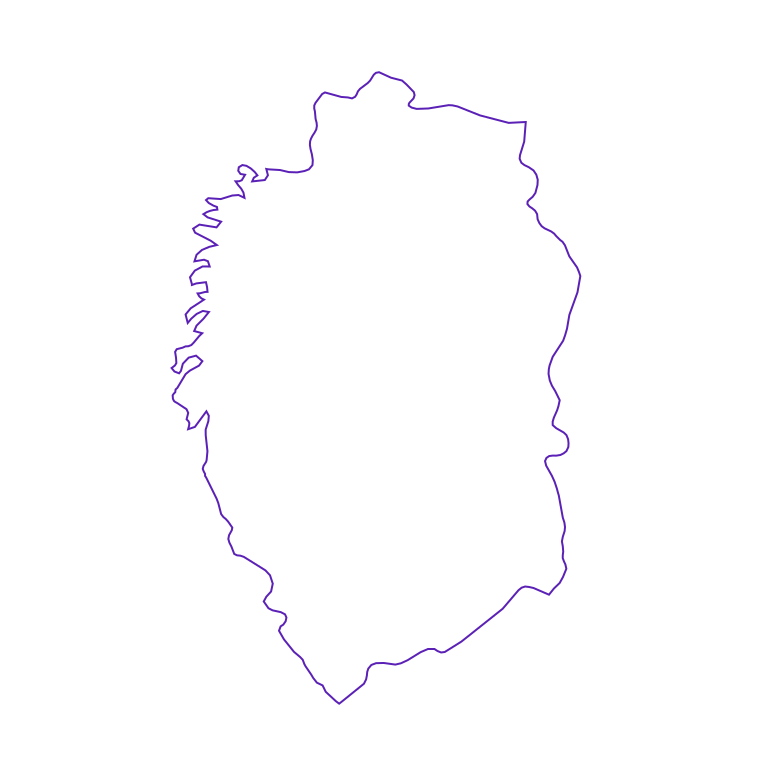 an SVG outline of Iwate, rotated 171°
{"feature_id": "JPN-1865", "entity_name": "Iwate", "entity_type": "Prefecture", "adm_level": 1, "iso_a3": "JPN", "parent_name": "Japan", "parent_adm1": "", "projection": "robinson", "projection_center": [141.477, 39.602], "detail": "fine", "context": "isolated", "style": "outline", "palette": "violet", "viewbox_px": 768, "rotation_deg": 171, "n_neighbors": 0, "source": "natural_earth", "source_scale": "10m", "svg_char_len": 4248}
<svg xmlns="http://www.w3.org/2000/svg" viewBox="0 0 768 768"><g transform="rotate(171 384 384)"><path d="M478.3,75.3L481.3,78.4L489.7,89.1L491.8,95.9L497.0,99.5L499.9,104.7L501.4,108.5L505.7,117.6L506.5,119.9L507.4,124.3L509.5,127.4L514.8,133.5L522.8,147.5L526.3,156.7L524.0,160.8L521.1,162.1L518.3,165.0L516.9,168.6L517.8,172.0L521.6,174.8L529.5,177.9L533.2,180.6L536.8,188.0L533.5,192.3L528.0,196.7L525.1,204.2L526.5,212.9L530.3,218.5L549.5,235.2L552.7,236.9L556.0,237.8L558.5,239.6L560.2,247.5L561.5,251.4L562.0,255.3L560.7,258.9L557.2,263.4L556.3,265.9L559.5,272.5L561.4,275.4L563.5,277.8L565.2,281.0L566.3,292.3L567.3,297.0L574.3,319.5L575.1,321.2L574.8,323.2L575.7,325.7L576.3,328.5L575.1,331.3L571.9,334.9L571.1,336.6L568.9,345.2L568.1,361.4L567.3,366.8L563.3,374.8L562.0,380.0L563.7,384.8L577.5,371.2L584.5,370.0L583.0,373.4L582.4,375.8L582.9,377.8L584.5,380.0L581.9,386.1L583.0,390.0L591.4,397.7L592.9,398.8L594.1,400.1L594.8,402.4L594.5,405.9L593.1,407.4L591.5,408.5L590.7,411.2L588.8,412.4L578.4,424.8L573.6,427.6L563.8,431.1L559.8,435.0L565.2,441.4L572.8,440.6L579.5,435.5L582.5,428.7L584.7,426.6L589.0,429.1L591.3,433.0L587.6,435.0L585.8,437.2L585.3,442.5L585.3,448.4L583.3,450.8L577.1,451.4L574.2,452.2L571.4,451.9L568.2,452.6L565.5,454.6L559.1,460.2L555.6,462.6L563.2,466.0L560.0,471.0L552.1,476.7L545.7,482.5L551.5,484.5L558.1,482.5L564.1,478.7L568.3,475.0L569.1,483.7L563.1,489.0L548.6,495.5L550.9,497.1L552.8,499.5L553.9,502.6L551.4,502.4L546.3,502.9L543.9,502.6L543.6,507.4L543.9,512.4L553.6,512.7L558.2,511.9L558.1,512.4L558.9,519.8L553.1,525.6L544.8,528.5L537.8,527.3L538.7,532.8L542.3,534.9L552.0,534.8L548.9,541.0L542.8,544.9L535.1,546.8L527.4,547.4L532.6,552.5L546.9,563.0L548.2,567.3L541.4,570.3L524.9,564.9L519.5,569.8L532.2,576.2L535.8,580.0L532.4,581.4L528.8,582.2L525.1,582.5L521.3,582.3L521.3,585.0L524.5,586.8L528.8,590.2L531.0,593.5L528.5,595.0L516.3,592.2L504.3,593.9L498.1,593.4L492.7,589.7L492.9,595.1L494.5,599.3L496.9,603.2L498.9,607.4L495.4,606.9L492.6,607.5L488.5,612.4L492.9,613.9L494.6,617.4L493.5,620.8L489.6,622.4L485.7,621.0L481.8,617.7L478.5,613.6L476.4,609.9L480.3,608.1L482.5,604.7L469.8,604.1L466.0,608.3L466.6,614.8L464.6,614.1L453.2,611.6L444.9,608.2L436.6,606.6L429.1,606.8L424.5,607.8L420.4,611.4L419.3,616.2L419.3,622.1L419.8,627.6L419.8,631.7L419.0,635.3L417.7,637.8L415.7,640.5L413.3,643.1L411.1,646.0L409.9,649.4L409.7,652.7L410.1,656.5L409.6,664.0L409.8,667.1L409.3,670.0L407.6,672.5L399.7,680.1L396.7,681.2L381.3,674.2L374.9,672.7L370.9,671.1L367.6,672.2L365.7,674.3L364.0,677.1L361.5,679.3L353.0,683.8L350.2,685.9L345.7,691.1L343.3,692.6L340.1,692.7L329.1,685.4L318.7,680.9L314.9,676.3L308.9,667.7L308.6,664.5L310.2,661.4L314.8,657.9L315.7,656.7L316.0,655.1L313.5,652.7L308.7,650.6L297.1,649.2L276.5,649.3L272.8,648.5L267.9,646.6L247.2,634.3L220.0,622.4L203.0,620.6L207.6,601.5L213.9,588.7L214.8,585.2L213.7,581.0L211.0,578.2L207.1,575.5L202.9,571.5L200.8,566.9L200.2,561.7L201.3,556.5L204.6,549.0L207.9,545.6L211.2,543.6L213.6,541.8L214.2,539.3L212.6,536.6L210.1,534.3L207.7,531.6L206.2,527.9L206.5,522.7L205.4,518.7L203.6,515.2L201.0,512.6L195.0,508.5L192.4,505.9L190.8,503.2L187.6,498.8L185.4,496.5L183.6,492.7L181.0,481.1L175.1,469.0L173.9,464.1L173.2,459.9L178.6,444.2L190.1,423.3L194.6,410.0L197.6,403.6L200.3,398.7L213.1,384.5L217.6,376.3L218.9,372.8L219.9,368.2L219.7,361.5L218.4,356.1L216.0,350.2L213.0,340.5L215.1,335.0L217.1,331.0L221.6,324.0L223.3,320.4L223.8,317.0L220.8,313.4L214.1,308.0L211.8,305.0L210.8,300.7L211.0,296.6L211.8,292.9L214.3,289.2L217.4,287.4L220.9,286.3L225.1,286.3L228.7,286.9L232.1,287.0L235.1,285.6L237.0,282.7L236.6,278.0L232.5,267.0L230.8,260.8L229.6,253.6L229.3,250.5L228.8,246.6L228.3,224.1L227.5,218.9L227.6,214.4L228.6,210.5L231.3,205.1L232.9,200.7L232.8,195.9L233.2,190.4L234.2,187.0L234.7,184.1L234.0,180.6L233.1,177.5L232.8,173.0L237.4,165.4L241.6,160.0L248.2,155.4L254.0,150.1L268.2,159.1L272.4,160.8L276.3,161.9L279.9,161.3L283.4,159.3L302.0,143.4L347.8,117.5L365.9,109.8L369.6,109.9L372.8,111.8L375.7,114.4L382.0,115.4L389.8,113.4L403.9,107.5L411.0,105.5L416.7,105.1L427.9,108.5L435.5,109.5L440.4,108.5L444.0,105.4L445.6,102.3L446.5,98.8L447.9,95.0L450.7,91.1L476.4,76.3L478.3,75.3Z" fill="none" stroke="#5b21b6" stroke-width="2"/></g></svg>